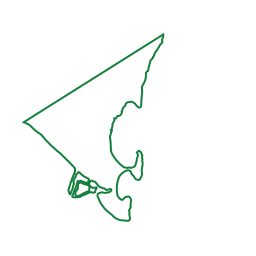 the district of Teliu, Palau, rotated 320°
{"feature_id": "81905179B53694522517045", "entity_name": "Teliu", "entity_type": "district", "adm_level": 2, "iso_a3": "PLW", "parent_name": "Palau", "parent_adm1": "", "projection": "mercator", "projection_center": [134.229, 6.987], "detail": "fine", "context": "isolated", "style": "outline", "palette": "green", "viewbox_px": 256, "rotation_deg": 320, "n_neighbors": 0, "source": "geoboundaries", "source_scale": "gbopen_adm2", "svg_char_len": 4275}
<svg xmlns="http://www.w3.org/2000/svg" viewBox="0 0 256 256"><g transform="rotate(320 128 128)"><path d="M72.9,59.4L51.9,56.6L52.6,57.9L52.9,58.8L53.8,60.5L54.1,61.4L54.5,62.6L55.4,70.5L55.7,71.9L56.3,74.1L56.9,75.8L57.2,77.1L57.3,80.1L57.2,83.6L57.3,85.0L57.7,89.5L57.7,90.6L58.1,93.4L58.9,99.4L59.4,102.1L59.8,103.3L60.5,112.1L60.8,114.1L61.3,121.1L61.5,123.5L61.4,124.8L60.4,126.4L59.5,127.2L58.3,127.9L52.4,131.0L50.3,132.2L46.5,134.6L42.7,137.1L42.2,137.6L41.1,140.3L40.9,140.9L41.3,141.7L42.0,141.3L43.3,140.5L47.0,138.6L47.6,138.0L48.3,137.3L49.7,136.6L50.9,135.9L51.4,134.4L51.9,133.8L52.9,133.2L54.0,132.6L56.8,131.5L57.5,131.0L59.0,130.1L60.5,130.5L61.5,129.9L62.3,130.8L62.4,132.8L62.9,135.9L65.2,141.9L64.8,142.6L62.7,143.7L61.5,143.9L60.5,142.7L59.7,141.5L58.9,140.0L58.0,138.2L57.2,137.8L56.4,137.3L55.4,136.4L54.4,136.8L53.6,137.5L53.6,138.4L54.1,138.9L55.7,138.8L56.8,139.4L57.9,141.9L58.8,143.3L59.5,144.6L60.3,145.2L60.8,146.3L60.8,147.4L60.8,148.6L59.7,149.2L58.2,150.9L57.4,151.1L56.2,150.7L52.6,149.6L48.1,148.7L46.7,148.3L45.2,147.7L44.7,147.0L44.6,145.9L45.2,145.0L46.1,143.5L50.2,142.5L50.8,142.1L51.9,140.6L53.3,139.3L53.2,138.7L52.7,138.3L41.4,144.5L41.2,145.2L42.3,146.6L43.3,147.4L44.6,148.4L46.7,149.7L47.4,150.0L50.1,150.5L51.8,151.2L58.0,152.9L58.6,153.7L58.9,154.4L59.6,154.8L60.5,155.7L61.2,156.0L62.0,155.7L62.7,155.0L63.3,154.6L65.4,153.9L65.5,153.1L64.5,152.7L63.8,152.2L62.5,151.1L61.9,150.0L61.7,147.7L61.9,145.8L62.9,145.2L64.8,144.8L65.6,144.7L66.4,144.9L66.7,145.6L66.9,146.4L68.1,147.9L68.2,148.7L68.2,151.4L68.2,153.2L68.3,154.3L68.6,155.1L70.2,158.2L70.7,158.7L71.1,159.3L71.4,161.1L71.9,161.9L74.7,163.1L75.5,163.6L75.6,164.4L75.0,165.1L74.2,165.3L73.2,165.3L72.2,165.0L70.5,164.0L68.9,163.2L66.9,160.8L65.7,159.9L64.0,159.4L63.2,159.1L62.5,159.1L61.3,160.0L60.8,160.6L58.7,168.2L58.3,174.2L58.3,175.2L58.5,176.7L58.8,178.9L59.5,182.3L59.9,184.1L59.9,186.0L60.2,187.8L60.7,189.4L61.5,191.3L62.6,193.2L63.2,194.0L65.8,196.6L67.3,198.2L68.0,198.8L68.6,199.3L69.2,199.4L70.4,199.4L71.0,198.9L71.7,198.2L72.9,195.9L73.9,194.5L75.0,193.5L75.7,192.0L79.4,190.2L80.2,188.9L81.0,188.0L82.1,187.0L82.8,186.4L83.6,185.8L84.4,184.6L84.7,183.3L84.8,182.1L84.5,181.0L83.5,180.2L81.3,179.2L78.7,179.4L77.7,179.6L76.8,178.5L76.4,177.4L76.2,175.4L76.4,173.5L77.1,171.9L78.1,170.4L78.6,169.6L79.5,168.4L81.4,166.1L83.4,164.1L85.8,162.2L88.0,160.7L89.7,159.8L90.6,159.4L91.5,159.2L93.6,158.9L94.7,158.9L95.8,159.0L98.3,159.3L99.4,159.6L100.1,159.9L100.9,160.5L101.5,161.1L101.9,162.0L102.1,163.0L101.9,163.8L101.5,164.6L101.2,165.4L101.3,167.2L101.4,168.9L101.0,171.2L101.2,172.5L101.6,173.2L102.1,173.9L103.0,174.8L103.9,175.0L106.8,173.9L107.7,173.4L109.0,172.5L111.4,169.1L112.5,168.0L115.3,165.8L116.7,164.2L117.2,163.5L117.8,162.1L118.9,161.4L119.2,160.4L120.3,159.2L121.4,158.1L121.6,157.3L121.7,156.7L122.4,155.1L121.8,152.8L121.0,152.2L119.8,152.4L119.1,152.5L118.5,154.5L118.1,155.2L117.5,155.8L114.7,157.5L114.0,158.4L112.4,159.5L109.8,161.2L108.8,161.7L106.7,161.3L105.4,160.9L104.5,160.3L104.1,159.7L103.7,159.1L101.9,158.2L101.2,157.3L99.6,155.5L98.7,151.0L98.4,146.7L98.3,146.0L98.6,143.3L98.6,141.2L99.2,137.6L99.4,136.7L100.0,135.3L100.5,134.3L104.6,128.9L106.0,127.0L106.7,126.1L107.2,125.1L108.4,123.1L109.8,122.3L111.4,121.2L113.0,119.9L113.5,118.8L114.0,119.5L115.0,118.3L116.2,117.2L117.6,116.5L118.5,115.1L119.6,114.6L121.9,113.7L122.5,113.4L123.7,111.8L124.7,112.8L125.5,112.8L127.4,112.0L128.1,112.5L129.0,113.0L130.6,113.3L131.6,113.0L133.5,112.1L133.8,111.2L134.6,111.0L135.3,110.4L137.5,109.3L140.2,109.1L142.4,107.8L143.6,108.0L144.7,108.3L145.5,108.9L146.4,109.4L147.3,109.8L148.1,110.8L148.9,113.2L149.0,116.4L149.0,117.4L149.0,118.3L149.5,119.3L150.0,119.8L150.8,120.0L151.6,119.9L152.2,119.6L156.5,114.9L158.3,113.2L159.3,112.1L160.1,111.3L161.8,109.8L163.2,107.8L163.7,107.3L164.9,105.6L166.6,104.7L168.0,104.1L169.3,103.8L172.5,102.1L173.6,101.0L174.5,100.4L175.3,99.6L176.1,98.5L177.3,97.3L178.8,96.9L180.2,97.0L183.9,94.1L187.4,91.6L188.6,90.8L189.3,90.6L191.8,90.4L193.2,89.5L194.7,89.3L195.2,88.7L196.3,88.1L199.2,87.1L200.5,86.9L203.8,85.8L205.8,84.9L208.7,84.6L209.7,84.2L210.5,82.7L211.1,82.1L211.8,81.7L213.4,81.0L214.3,80.1L215.1,79.0L72.9,59.4Z" fill="none" stroke="#15803d" stroke-width="2"/></g></svg>